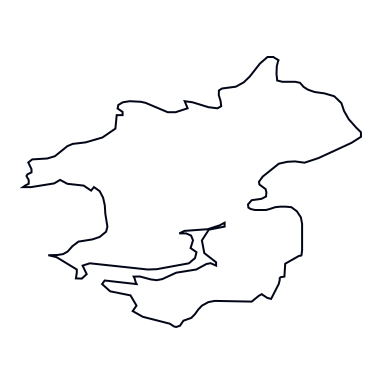 map outline of Pembrokeshire (Equal Earth projection)
{"feature_id": "GBR-2106", "entity_name": "Pembrokeshire", "entity_type": "Unitary Authority (wales)", "adm_level": 1, "iso_a3": "GBR", "parent_name": "United Kingdom", "parent_adm1": "", "projection": "equal_earth", "projection_center": [-4.902, 51.855], "detail": "fine", "context": "isolated", "style": "outline", "palette": "ink", "viewbox_px": 384, "rotation_deg": 0, "n_neighbors": 0, "source": "natural_earth", "source_scale": "10m", "svg_char_len": 2366}
<svg xmlns="http://www.w3.org/2000/svg" viewBox="0 0 384 384"><path d="M301.3,255.5L298.8,256.0L285.2,263.7L284.4,276.6L280.6,277.2L279.7,278.1L279.7,280.1L278.7,284.1L271.1,298.9L267.3,297.9L261.7,294.2L258.8,295.8L251.7,301.6L214.7,300.9L208.4,302.1L202.0,305.6L198.3,309.5L195.0,314.1L191.3,317.9L183.4,320.7L180.0,325.7L176.2,327.0L174.1,326.5L169.8,323.7L142.8,316.8L132.7,311.1L136.5,305.6L130.5,295.4L110.1,291.3L102.1,284.1L104.7,280.5L136.6,284.1L135.7,282.3L134.6,278.4L133.7,276.6L139.9,276.5L150.7,279.4L156.7,280.2L162.3,279.1L176.2,272.7L196.3,269.5L206.4,264.0L210.6,263.2L216.1,265.6L216.1,262.3L204.3,253.1L201.9,240.4L208.8,229.7L224.6,226.6L224.6,222.7L219.8,225.3L207.7,229.2L184.4,230.9L179.3,233.4L186.1,233.4L191.1,235.6L193.0,240.3L190.6,248.1L196.5,252.2L195.0,258.1L188.9,263.3L156.7,269.2L147.7,269.5L89.9,263.3L82.6,265.6L86.7,274.1L81.8,278.6L75.9,278.4L76.8,272.7L76.8,269.5L56.4,257.1L48.3,255.2L57.2,255.0L63.1,254.1L67.7,251.5L72.5,246.1L78.5,241.6L92.4,239.4L99.6,237.0L106.1,231.7L107.4,226.7L105.3,213.6L104.8,205.4L103.1,197.7L99.7,191.2L94.0,187.1L91.1,190.6L83.7,185.6L67.4,183.8L60.1,179.9L54.2,183.4L31.1,187.1L23.0,187.1L25.8,185.2L28.7,183.8L28.7,179.9L27.3,177.6L26.5,176.0L27.5,174.3L31.5,172.4L31.5,169.2L28.3,162.5L32.2,159.4L47.2,158.5L54.9,156.2L67.3,146.2L72.7,143.9L85.5,142.4L102.4,137.5L115.4,128.6L116.7,115.1L122.6,115.1L122.6,111.9L117.6,108.5L118.3,105.0L122.8,102.3L129.7,101.2L140.9,101.8L145.7,102.9L167.7,112.2L175.6,112.2L187.6,108.3L184.7,101.2L192.6,102.3L208.5,107.2L217.5,108.3L221.2,106.2L220.6,101.1L218.8,95.2L218.9,90.5L222.0,88.5L235.8,86.7L243.8,82.3L249.8,76.5L259.9,63.6L267.5,57.0L273.2,57.0L278.5,60.2L278.0,61.5L277.9,61.8L276.8,66.2L276.5,74.0L277.2,80.5L282.4,81.8L288.2,81.8L295.2,81.8L300.0,82.8L303.6,86.9L308.0,89.7L314.6,92.0L324.5,93.4L334.1,96.2L334.4,96.4L341.4,103.1L344.0,110.9L348.8,119.3L356.2,127.6L360.9,132.2L361.0,136.8L351.4,142.9L318.4,158.1L304.5,162.7L295.0,161.4L287.3,161.8L278.8,163.7L262.7,176.6L259.0,181.7L259.4,184.5L265.6,189.1L266.4,192.4L266.0,196.5L261.6,198.8L251.7,200.2L248.0,204.4L248.4,207.6L250.6,209.0L255.0,210.0L260.5,210.0L266.0,210.0L269.7,209.0L275.2,207.2L280.0,206.7L285.9,206.7L291.4,207.2L296.9,211.3L300.9,217.4L302.1,223.9L302.1,231.7L302.1,241.5L302.1,250.3L301.5,254.9L301.3,255.5Z" fill="none" stroke="#020617" stroke-width="2"/></svg>